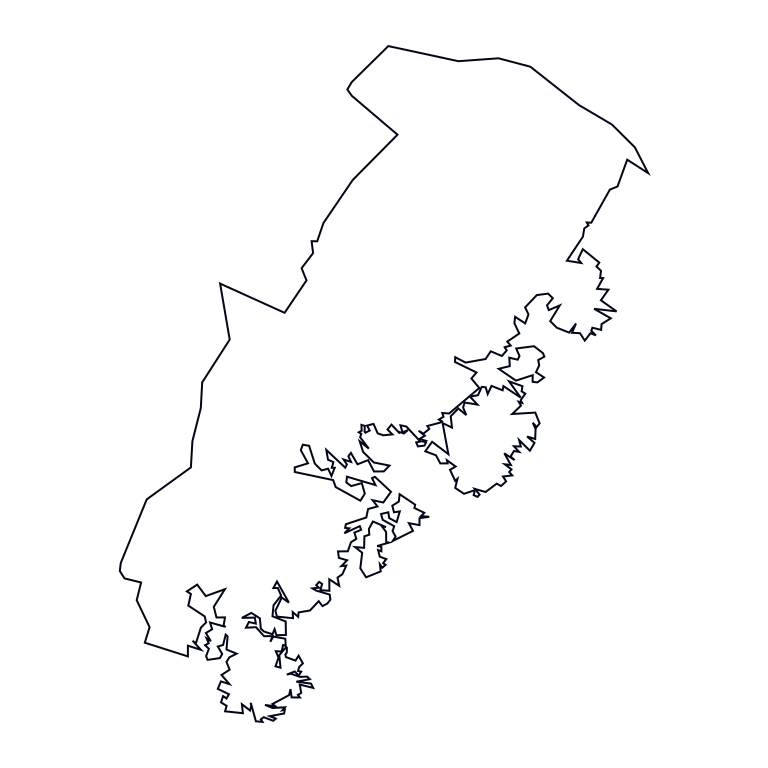 Lillesand nor, Aust-Agder, Norway
{"feature_id": "86288312B5594304829508", "entity_name": "Lillesand nor", "entity_type": "district", "adm_level": 2, "iso_a3": "NOR", "parent_name": "Norway", "parent_adm1": "Aust-Agder", "projection": "mercator", "projection_center": [8.269, 58.228], "detail": "fine", "context": "isolated", "style": "outline", "palette": "ink", "viewbox_px": 768, "rotation_deg": 0, "n_neighbors": 0, "source": "geoboundaries", "source_scale": "gbopen_adm2", "svg_char_len": 6112}
<svg xmlns="http://www.w3.org/2000/svg" viewBox="0 0 768 768"><path d="M187.9,656.4L187.9,645.7L200.9,649.8L192.6,640.8L195.9,643.3L200.9,627.6L206.1,622.4L204.7,616.4L188.3,605.6L190.9,594.0L186.9,591.4L197.2,584.6L205.8,596.1L224.9,589.2L213.8,606.8L216.5,617.5L225.0,617.4L223.6,625.5L225.6,626.9L210.1,622.5L212.1,629.3L205.9,633.0L210.8,641.2L206.6,638.4L208.7,643.3L205.1,645.2L208.9,648.8L206.1,656.1L207.6,659.9L219.9,658.1L222.2,654.0L217.8,646.5L223.1,645.0L225.7,634.6L227.6,636.4L226.5,649.5L236.6,653.7L229.4,657.3L226.5,661.9L229.6,669.7L221.5,675.0L229.4,684.1L220.9,681.4L217.8,688.9L228.9,694.2L226.5,698.5L223.1,696.1L221.0,702.4L226.6,705.8L225.1,711.3L242.9,713.2L241.9,704.2L250.0,710.5L251.3,705.6L250.7,703.6L250.8,702.9L255.9,721.3L262.5,721.9L260.8,719.4L263.7,717.2L273.3,720.8L275.8,718.6L269.9,716.2L284.1,713.5L284.8,709.6L282.5,710.2L285.0,707.3L272.5,708.0L265.0,704.9L275.6,706.5L272.5,704.0L289.1,695.1L290.5,689.1L291.6,697.4L299.9,697.5L297.9,694.9L301.2,693.0L299.8,684.6L313.2,687.9L311.0,683.6L296.3,681.7L309.8,679.2L307.2,676.6L300.0,676.9L290.8,673.7L286.8,674.6L294.7,671.5L298.7,675.6L301.2,671.7L298.0,671.0L299.3,666.8L302.9,663.4L298.6,655.7L295.5,660.6L286.0,657.1L285.3,654.5L286.8,652.6L286.9,647.7L286.3,646.9L279.3,655.2L280.5,667.7L275.5,666.3L278.5,657.6L275.8,651.2L281.6,651.5L283.1,645.0L285.7,645.8L285.3,638.7L273.2,636.6L270.3,641.8L272.5,636.1L264.0,636.2L256.0,627.2L246.0,627.7L248.9,622.0L255.8,623.6L254.8,617.6L241.8,617.9L251.4,612.9L259.9,618.4L260.8,628.7L264.1,631.6L272.5,634.2L274.6,629.2L276.4,635.2L285.9,635.0L285.7,621.5L272.5,616.3L273.5,605.3L281.1,595.5L277.8,588.0L273.4,588.0L277.0,581.5L288.9,602.6L281.8,597.6L275.4,610.7L276.9,616.6L293.0,618.2L292.7,612.1L298.2,616.8L298.6,612.4L310.0,610.5L318.7,601.2L322.5,606.1L327.4,603.5L330.4,599.7L329.7,594.6L316.2,590.6L312.5,588.4L318.9,587.7L316.2,585.2L319.1,581.9L322.1,583.9L320.4,590.1L329.4,590.8L329.3,579.3L339.2,585.8L337.5,577.6L342.3,574.3L346.3,565.6L341.4,566.1L347.1,560.3L338.9,557.9L338.0,551.4L347.8,551.3L351.0,542.2L356.3,538.9L354.4,532.6L361.1,529.8L359.8,526.1L344.4,533.3L349.2,528.3L345.1,527.9L345.9,524.2L366.3,517.5L368.1,509.0L377.5,506.5L372.6,500.2L383.3,502.5L391.0,491.8L374.9,476.8L372.0,478.1L375.5,485.1L347.0,476.7L346.3,482.4L351.2,486.1L361.8,483.1L364.8,493.7L360.4,500.7L335.7,487.1L333.2,480.1L294.8,472.0L294.7,467.4L308.0,463.3L300.8,450.2L302.8,444.7L309.1,445.8L314.8,463.6L321.6,470.4L328.1,468.7L331.5,476.0L334.7,467.8L331.8,467.8L333.4,462.1L328.0,459.7L326.3,449.9L345.3,467.7L346.9,464.4L343.6,459.5L351.0,461.9L348.4,456.2L350.9,452.9L357.5,464.3L368.1,460.1L374.0,471.5L383.8,471.4L389.5,465.6L373.9,462.5L363.1,451.9L359.7,441.3L368.8,448.6L360.1,437.2L361.3,433.9L358.8,432.3L361.7,430.7L361.4,424.9L364.8,425.9L364.6,431.7L365.5,432.7L369.7,430.5L367.0,425.6L373.5,423.9L377.7,433.4L383.4,435.3L392.4,434.4L387.5,429.5L391.5,424.6L399.8,433.5L398.9,431.9L403.9,433.5L407.9,430.1L402.5,432.4L400.5,425.3L406.3,426.5L420.3,441.5L416.2,442.4L417.9,446.4L424.5,445.6L426.1,442.3L422.8,441.5L425.2,440.6L419.5,439.0L424.8,435.7L418.6,430.8L423.5,433.6L429.3,428.9L427.4,426.0L440.2,422.6L441.9,421.3L438.9,419.6L443.5,416.8L442.3,413.0L449.1,413.5L479.3,388.0L471.4,378.5L476.5,372.5L455.0,362.0L455.2,357.2L465.6,362.6L485.6,359.0L490.8,351.3L501.9,356.0L506.7,350.4L504.7,347.2L510.7,345.6L507.3,341.6L519.3,333.5L514.4,323.3L515.1,316.8L525.2,323.4L528.5,314.4L525.1,307.4L536.8,295.1L548.1,293.6L552.8,298.2L547.0,305.3L548.8,310.1L559.8,305.4L550.2,321.1L556.8,327.7L569.2,332.6L576.0,323.5L572.0,332.8L580.0,333.2L584.8,340.6L590.5,333.2L595.9,335.4L591.3,330.8L592.4,327.7L601.1,329.9L601.6,324.1L610.8,318.3L594.1,308.8L616.6,311.4L600.9,300.3L608.4,289.7L597.1,288.9L603.1,278.1L600.1,278.0L601.0,270.8L596.5,266.5L599.3,262.6L582.8,249.2L578.1,259.3L581.2,263.0L566.9,260.7L582.9,236.7L584.3,228.4L588.5,225.4L586.8,222.5L591.3,222.7L609.9,189.6L617.5,186.5L627.2,159.7L648.2,173.2L634.9,147.4L612.0,124.6L579.0,105.1L530.3,66.7L498.5,58.3L458.4,61.2L388.3,46.1L351.8,82.0L347.3,89.5L351.9,95.9L397.5,134.7L352.7,180.0L323.4,223.1L317.2,241.3L311.6,241.2L313.1,253.1L301.6,268.2L306.5,280.4L284.6,312.8L220.1,283.6L229.7,339.6L202.2,382.4L200.8,408.1L192.4,441.2L190.9,467.4L146.7,499.4L120.8,562.9L119.8,571.0L124.5,578.4L141.1,582.5L136.7,600.2L149.6,627.2L144.8,642.7L187.9,656.4ZM521.6,391.3L522.5,386.2L509.1,381.4L520.7,397.6L503.4,386.1L502.6,390.3L491.5,385.9L487.7,394.1L485.7,387.3L481.7,386.9L478.0,395.2L470.0,396.7L477.5,404.6L464.6,402.5L463.1,407.6L466.3,415.1L458.3,408.5L450.7,416.3L452.0,427.6L442.6,423.1L448.4,454.2L432.1,441.8L425.3,451.3L436.0,455.3L440.3,463.4L447.6,463.4L446.9,460.2L455.6,466.5L450.0,469.8L455.2,480.9L457.5,478.8L455.2,487.9L464.0,493.8L474.8,490.2L473.7,495.1L477.5,496.9L479.6,494.6L474.8,488.9L485.6,492.0L496.7,483.6L501.1,486.0L506.1,481.4L503.0,476.5L512.2,475.4L509.2,472.0L511.5,469.4L504.8,464.3L510.9,465.0L504.3,453.3L514.6,460.1L510.6,456.5L514.0,451.0L519.2,451.9L513.9,446.3L520.8,446.5L519.1,440.0L529.9,450.7L534.5,442.9L527.1,436.5L535.2,439.0L535.6,428.9L532.8,422.7L536.6,427.1L539.6,423.4L535.3,412.6L512.2,414.0L521.0,405.6L518.7,401.8L522.1,402.9L520.7,400.2L525.3,393.7L521.6,391.3ZM386.0,527.1L372.9,521.5L368.9,528.9L369.3,534.7L364.4,536.3L364.1,547.8L355.1,547.1L362.2,552.8L360.3,568.3L366.1,577.3L380.7,571.4L379.9,564.4L382.3,567.7L385.6,564.8L383.1,563.2L386.3,559.1L379.8,556.7L378.1,550.1L381.4,551.3L381.3,546.8L377.2,546.0L389.0,542.6L386.2,541.9L386.1,532.0L381.9,526.3L386.0,527.1ZM534.0,346.2L516.2,348.5L519.5,356.0L517.7,359.7L509.3,357.7L509.8,366.1L498.7,368.8L515.9,380.6L532.7,375.2L532.6,381.8L537.4,382.4L544.1,377.5L536.0,372.2L539.2,365.4L538.2,360.1L544.4,356.6L542.9,353.1L534.0,346.2ZM415.2,504.7L399.6,494.2L398.8,501.6L392.3,505.7L394.0,512.3L399.8,511.4L396.6,522.1L389.2,518.1L388.3,512.3L381.0,514.0L382.7,519.8L394.2,526.2L392.6,531.1L395.6,536.6L392.7,541.0L413.0,530.9L408.9,523.2L419.5,525.1L419.5,518.2L429.3,516.8L421.1,516.1L424.3,512.8L414.4,508.0L415.2,504.7Z" fill="none" stroke="#020617" stroke-width="2"/></svg>